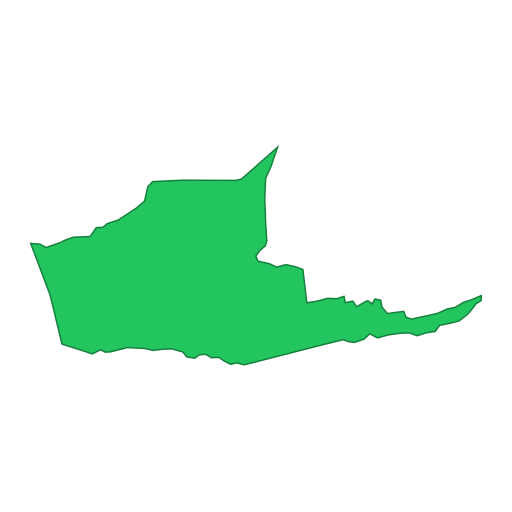 Palmeirina, Pernambuco, Brazil (Mercator projection)
{"feature_id": "56859067B2059409323085", "entity_name": "Palmeirina", "entity_type": "district", "adm_level": 2, "iso_a3": "BRA", "parent_name": "Brazil", "parent_adm1": "Pernambuco", "projection": "mercator", "projection_center": [-36.237, -8.996], "detail": "fine", "context": "isolated", "style": "filled", "palette": "green", "viewbox_px": 512, "rotation_deg": 0, "n_neighbors": 0, "source": "geoboundaries", "source_scale": "gbopen_adm2", "svg_char_len": 1402}
<svg xmlns="http://www.w3.org/2000/svg" viewBox="0 0 512 512"><path d="M152.6,181.6L147.8,186.8L144.6,201.0L136.5,208.0L118.3,220.0L107.3,223.6L102.7,227.4L96.3,227.6L90.1,236.5L73.4,237.2L65.9,239.8L60.2,242.6L46.0,247.5L40.0,244.2L30.7,243.4L50.0,294.8L53.2,307.7L62.0,344.1L71.5,347.1L83.3,350.9L92.2,353.9L100.5,349.8L105.4,352.2L111.0,351.7L127.4,347.6L145.2,348.5L152.7,350.4L163.2,349.2L172.0,348.9L182.8,352.0L186.8,356.9L194.8,358.2L199.4,354.7L205.9,354.4L211.4,357.7L219.0,357.4L224.1,361.0L230.6,364.3L236.6,362.9L244.3,364.8L318.1,345.9L343.0,339.7L348.8,341.7L354.5,342.4L363.9,339.2L369.8,333.8L377.5,337.9L388.8,334.8L400.4,333.2L409.3,332.9L417.1,335.7L426.8,332.7L435.1,331.5L439.7,325.3L449.0,323.5L459.0,321.0L467.1,314.7L471.1,310.3L476.3,303.5L481.1,300.6L481.3,295.6L471.1,299.9L463.1,302.5L455.2,307.4L446.9,309.1L437.7,313.3L429.1,315.3L420.5,317.1L411.6,319.1L406.0,317.2L403.7,311.4L392.4,312.8L387.5,313.6L381.9,307.1L380.8,300.3L374.9,299.0L372.3,303.9L367.7,300.6L363.3,302.8L356.7,306.8L352.8,301.1L345.4,302.7L344.0,296.4L336.7,298.7L327.7,298.3L317.4,301.1L306.8,302.8L302.9,269.5L295.9,266.9L286.0,264.6L276.6,267.1L269.6,263.8L258.0,261.1L255.8,256.1L259.8,250.5L265.3,245.9L266.8,241.0L265.6,222.8L265.3,211.1L264.7,199.9L265.6,178.4L270.9,166.7L277.6,147.2L241.3,179.2L235.6,180.4L181.9,180.2L152.6,181.6Z" fill="#22c55e" stroke="#15803d" stroke-width="1.5"/></svg>